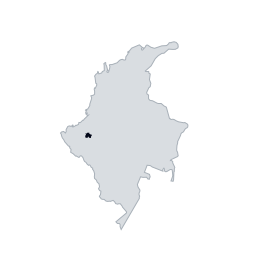 Puracé (Coconuco), Cauca, Colombia shown in context, rotated 21°
{"feature_id": "7082276B15347498266609", "entity_name": "Puracé (Coconuco)", "entity_type": "district", "adm_level": 2, "iso_a3": "COL", "parent_name": "Colombia", "parent_adm1": "Cauca", "projection": "natural_earth1", "projection_center": [-76.434, 2.262], "detail": "fine", "context": "in_parent", "style": "filled", "palette": "ink", "viewbox_px": 256, "rotation_deg": 21, "n_neighbors": 0, "source": "geoboundaries", "source_scale": "gbopen_adm2", "svg_char_len": 4707}
<svg xmlns="http://www.w3.org/2000/svg" viewBox="0 0 256 256"><g transform="rotate(21 128 128)"><path d="M144.1,37.5L141.9,38.5L137.7,39.8L134.8,45.3L132.9,46.2L130.4,49.5L128.6,53.5L127.3,61.7L123.7,68.6L124.0,68.9L125.4,68.6L126.8,67.9L127.3,68.1L127.8,69.3L129.4,69.6L130.7,75.2L133.3,78.1L133.5,79.2L133.9,81.5L133.0,83.0L132.7,88.1L133.5,89.4L135.4,89.9L136.6,93.1L137.4,93.8L138.6,94.3L141.3,93.8L146.2,94.4L147.4,94.3L150.2,93.2L153.7,94.5L156.3,94.8L163.4,104.4L164.1,104.2L165.0,104.7L166.8,103.7L168.3,103.6L170.3,104.0L173.0,104.1L178.3,103.1L179.1,102.5L182.1,103.1L182.9,103.8L183.4,105.6L183.0,106.7L182.0,107.8L181.5,109.3L181.3,111.0L180.8,112.3L179.9,113.2L179.5,114.4L179.7,116.0L179.2,123.3L179.7,123.9L180.0,126.9L181.2,130.8L181.8,131.9L182.9,132.8L184.8,136.0L184.3,137.1L179.5,142.1L179.3,143.2L180.2,142.8L181.7,143.2L182.2,144.5L185.8,148.0L185.8,149.3L186.8,151.9L186.6,152.5L189.1,160.0L189.2,161.6L187.1,162.0L187.0,157.0L186.7,156.0L184.4,151.5L183.9,151.1L182.3,151.6L179.7,154.9L178.5,155.4L177.5,155.0L176.5,153.0L175.9,152.6L175.3,154.3L176.1,155.8L164.6,155.7L162.3,155.1L159.2,155.9L159.2,163.5L164.7,163.6L166.2,165.7L166.0,167.5L166.3,168.1L164.9,168.5L163.0,167.3L159.7,168.7L157.2,169.1L157.0,177.4L158.5,179.5L161.4,181.7L161.8,183.3L161.6,184.7L162.3,186.5L163.3,187.4L163.3,188.5L163.8,189.7L158.0,225.2L156.0,223.0L155.3,221.0L154.3,220.3L152.3,220.9L150.3,219.9L157.0,207.9L156.7,206.8L151.2,203.8L150.6,203.1L148.0,201.5L146.5,202.0L145.7,202.8L143.6,203.0L142.0,201.7L140.1,200.9L137.7,202.9L137.0,202.9L135.4,203.8L133.6,204.1L131.3,203.2L129.4,203.8L128.1,203.7L127.6,203.1L125.9,202.4L125.8,201.5L126.2,200.1L125.5,197.1L125.2,196.6L124.0,196.6L122.5,195.5L122.2,194.9L122.5,193.7L122.3,192.7L120.8,190.4L118.8,189.7L116.9,187.8L114.9,187.1L114.1,185.7L113.2,182.6L111.2,180.1L109.8,179.3L109.4,178.1L107.9,178.0L106.0,176.4L105.1,176.3L104.5,177.0L102.7,176.3L101.1,175.1L99.5,174.8L98.5,174.0L96.6,171.8L94.6,170.7L93.4,171.1L93.0,172.8L92.3,173.1L89.9,172.6L89.6,173.0L88.9,172.9L86.1,171.7L83.2,171.2L82.5,168.4L80.7,167.4L80.1,166.0L78.9,166.2L74.0,163.6L72.0,161.8L70.3,160.8L68.5,158.8L68.2,158.0L66.8,156.9L67.5,155.4L69.2,154.3L71.3,155.1L71.6,153.4L70.8,151.8L71.2,148.3L71.8,147.6L72.9,146.9L73.7,147.1L74.2,146.5L75.9,146.8L76.5,146.6L77.8,145.2L78.4,144.0L79.0,144.1L80.5,142.3L80.2,140.4L81.6,140.0L83.0,136.9L83.6,136.8L84.0,135.3L86.4,130.2L85.5,130.8L84.6,130.4L84.7,128.7L84.4,128.5L83.6,129.8L82.9,128.5L83.1,126.3L82.0,126.7L82.0,126.2L83.7,124.5L84.3,120.8L83.8,119.4L83.5,113.8L83.2,112.7L81.8,111.3L84.0,109.7L84.7,108.4L83.8,105.9L82.5,103.8L82.5,102.5L83.2,102.7L83.5,99.2L82.8,97.8L81.9,97.8L79.1,92.6L78.2,91.5L78.9,89.1L79.8,88.0L79.6,86.1L80.1,86.2L81.3,87.9L81.8,87.6L83.7,86.0L83.8,84.5L85.3,82.9L83.1,77.6L82.4,76.7L83.3,75.0L83.8,75.1L84.6,76.8L85.9,77.9L87.9,80.8L88.7,81.5L88.1,82.2L88.0,82.9L88.3,83.3L89.4,83.4L89.8,82.5L89.5,78.9L89.1,77.1L88.0,75.9L88.4,75.3L90.4,74.5L94.5,71.0L95.9,67.8L97.0,66.6L98.2,65.9L99.7,66.0L100.9,65.6L101.2,64.6L100.5,62.4L101.3,59.3L101.3,57.8L101.9,56.8L101.7,56.5L100.2,57.6L101.7,55.4L102.8,52.1L108.8,46.3L112.7,47.7L114.0,47.6L112.4,48.3L112.1,49.2L112.7,50.0L113.3,50.3L113.8,49.7L115.1,46.3L115.3,44.5L115.9,43.8L116.7,43.6L120.5,44.4L124.2,44.1L130.1,39.2L134.5,37.2L135.6,35.2L135.9,33.7L136.7,33.1L137.6,33.1L138.1,32.3L140.1,31.0L142.3,30.8L144.6,32.0L145.7,34.0L145.9,35.3L144.1,37.5ZM76.0,146.2L75.7,146.4L75.2,146.0L75.0,145.4L75.3,145.0L75.8,145.1L76.0,146.2Z" fill="#d9dde1" stroke="#a8b0b8" stroke-width="1"/><path d="M93.7,149.3L93.8,149.3L94.0,149.2L94.3,149.2L94.3,149.3L94.5,149.3L94.6,149.5L94.8,149.6L94.9,149.8L95.0,149.9L95.0,150.0L95.3,150.2L95.5,150.2L95.8,150.2L95.9,149.9L96.0,149.9L95.8,149.1L96.0,148.1L95.9,148.1L95.7,148.2L95.7,148.3L95.5,148.5L95.4,148.6L95.2,148.7L95.1,148.8L95.0,148.7L94.9,148.7L94.8,148.4L94.7,148.4L94.5,148.5L94.5,148.4L94.4,148.4L94.3,148.2L94.3,147.9L94.2,147.9L94.0,148.0L93.9,148.0L93.9,147.9L93.7,147.8L93.6,147.7L93.4,147.6L93.2,147.7L93.1,147.8L93.0,147.7L92.9,147.7L92.9,147.8L92.8,147.7L92.7,147.8L92.7,147.7L92.6,147.8L92.5,147.7L92.4,147.7L92.2,147.7L92.2,147.8L92.3,147.9L92.3,148.0L92.3,148.3L92.2,148.3L92.2,148.5L91.9,148.7L91.9,148.8L92.0,148.8L91.9,148.8L92.0,148.9L92.0,149.0L91.9,149.1L91.8,149.3L91.8,149.5L91.8,149.4L91.8,149.5L91.8,149.8L91.8,150.0L91.7,150.1L91.7,150.3L91.7,150.5L91.7,150.8L91.8,150.9L92.0,150.9L92.2,151.0L92.3,151.0L92.5,151.2L92.5,151.3L92.7,151.2L92.8,151.1L93.0,151.1L93.0,150.9L92.9,150.9L92.9,150.7L92.9,150.4L93.0,150.3L93.1,150.2L93.3,150.0L93.3,149.9L93.4,149.7L93.4,149.4L93.5,149.3L93.5,149.2L93.6,149.3L93.7,149.3Z" fill="#0f172a" stroke="#020617" stroke-width="1.5"/></g></svg>